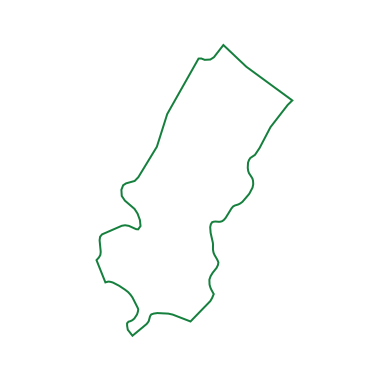 an SVG outline of Ascoli Piceno, rotated 322°
{"feature_id": "ITA-5431", "entity_name": "Ascoli Piceno", "entity_type": "Province", "adm_level": 1, "iso_a3": "ITA", "parent_name": "Italy", "parent_adm1": "", "projection": "albers", "projection_center": [13.465, 42.882], "detail": "fine", "context": "isolated", "style": "outline", "palette": "green", "viewbox_px": 384, "rotation_deg": 322, "n_neighbors": 0, "source": "natural_earth", "source_scale": "10m", "svg_char_len": 1584}
<svg xmlns="http://www.w3.org/2000/svg" viewBox="0 0 384 384"><g transform="rotate(322 192 192)"><path d="M307.2,95.5L311.9,126.7L327.4,181.6L321.0,182.3L293.8,189.2L272.4,198.9L264.5,201.5L258.9,201.1L256.6,201.9L254.2,203.4L250.8,207.3L249.3,209.9L248.5,212.2L248.1,217.0L247.8,218.9L247.0,220.7L246.0,222.2L245.0,223.6L242.4,225.8L236.0,228.7L225.7,230.8L222.8,230.7L220.8,230.3L217.4,229.0L215.5,228.7L213.1,229.2L202.6,233.1L200.1,233.6L198.0,233.6L196.3,233.0L194.9,232.1L192.4,229.8L190.9,228.8L189.3,228.2L187.0,229.0L184.7,230.9L181.5,235.7L177.3,244.6L176.4,246.1L173.2,250.1L172.3,251.7L171.5,253.4L171.0,255.4L170.4,259.8L170.0,261.9L169.4,263.8L167.5,265.5L164.7,266.9L158.5,268.4L154.8,269.8L151.7,271.8L148.8,275.8L147.6,278.8L147.0,281.4L146.3,285.8L142.6,287.9L139.4,289.2L111.1,293.1L101.3,276.7L98.4,273.2L90.2,266.1L87.1,264.3L84.6,263.4L83.4,263.7L82.3,264.2L78.4,267.1L76.7,267.7L74.8,268.1L56.6,268.6L56.6,261.0L58.5,257.5L60.0,255.5L62.1,255.1L63.8,255.8L66.0,256.3L68.7,256.2L73.4,254.6L75.8,252.9L77.4,251.4L77.9,249.8L80.1,238.7L80.3,235.8L80.2,233.4L80.0,231.4L79.1,227.8L76.8,220.9L73.9,214.6L72.9,213.2L71.8,211.9L70.8,211.0L68.1,209.9L74.8,186.9L78.3,186.3L81.0,185.2L83.2,183.0L89.5,173.1L92.0,170.7L95.0,170.0L115.9,175.4L118.8,177.0L121.4,179.8L125.1,186.9L126.6,188.3L130.5,187.1L133.7,182.0L135.8,175.5L136.3,169.9L133.8,157.5L134.2,151.9L137.7,146.8L141.9,144.3L145.4,144.6L153.6,148.0L158.8,147.3L192.2,134.7L220.5,115.3L279.3,90.9L281.5,92.5L283.4,95.7L288.0,98.9L292.2,99.3L307.2,95.5Z" fill="none" stroke="#15803d" stroke-width="2"/></g></svg>